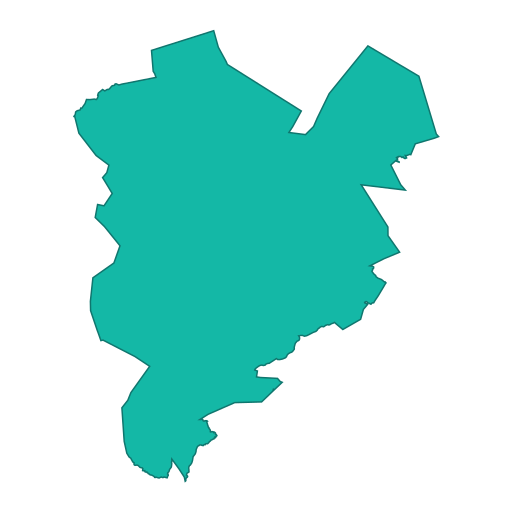 the district of San Nicolás Tolentino, San Luis Potosí, Mexico
{"feature_id": "50627088B31114967632852", "entity_name": "San Nicolás Tolentino", "entity_type": "district", "adm_level": 2, "iso_a3": "MEX", "parent_name": "Mexico", "parent_adm1": "San Luis Potosí", "projection": "albers", "projection_center": [-100.453, 22.148], "detail": "fine", "context": "isolated", "style": "filled", "palette": "teal", "viewbox_px": 512, "rotation_deg": 0, "n_neighbors": 0, "source": "geoboundaries", "source_scale": "gbopen_adm2", "svg_char_len": 5880}
<svg xmlns="http://www.w3.org/2000/svg" viewBox="0 0 512 512"><path d="M185.2,481.3L185.6,481.0L185.8,480.7L185.9,479.9L185.8,479.5L185.8,479.3L185.9,478.7L186.0,478.5L186.6,477.7L186.8,477.6L186.9,477.4L187.3,477.2L187.6,476.7L187.6,476.3L187.5,476.0L187.3,475.9L187.2,475.7L186.9,475.4L186.4,475.1L186.5,474.9L186.7,474.4L186.7,474.2L186.8,473.9L186.9,473.5L187.1,473.1L187.3,473.0L188.8,472.2L189.0,471.4L189.0,471.0L188.8,470.5L188.9,470.1L188.9,469.5L188.7,468.1L188.8,467.2L189.0,466.6L189.3,466.0L189.5,465.6L190.4,465.0L191.8,462.8L192.5,460.4L193.1,456.7L195.3,453.8L196.0,451.6L196.2,449.4L197.1,447.4L197.3,446.8L197.9,446.2L198.5,445.7L199.0,445.6L199.3,445.2L199.6,445.0L200.6,445.0L201.1,444.9L201.4,445.1L201.7,445.3L202.4,445.5L202.7,445.5L203.4,445.5L203.5,445.0L204.4,444.6L204.7,444.5L205.1,444.7L205.6,443.9L205.9,443.7L206.3,443.7L207.1,443.8L207.6,443.7L208.0,443.4L208.4,442.9L208.7,442.7L209.0,442.3L209.1,442.1L209.3,441.8L209.5,441.6L209.9,441.4L210.1,441.2L210.4,441.0L210.7,440.6L210.9,440.4L211.1,440.0L211.8,439.9L212.5,439.5L212.8,439.3L213.0,439.1L213.3,438.9L213.6,439.0L213.9,438.9L213.8,438.5L214.9,437.3L214.9,436.9L215.4,436.7L215.2,437.8L215.4,437.7L215.5,437.6L215.5,437.3L215.6,437.1L216.1,436.7L216.3,435.8L216.7,435.9L216.9,435.4L216.4,434.9L216.2,434.5L216.1,434.4L215.9,434.5L215.5,434.3L215.5,433.3L215.4,432.9L214.8,432.5L214.6,432.2L214.4,432.1L213.8,432.7L213.6,432.5L213.8,431.9L213.8,432.0L212.5,431.6L212.2,431.6L211.3,431.8L210.7,432.0L210.4,431.9L210.3,431.3L210.4,431.1L210.4,430.6L210.4,430.4L209.8,429.3L209.6,429.2L209.5,428.9L209.3,428.8L209.1,428.6L209.0,428.3L209.0,428.0L208.9,428.0L208.5,427.2L208.2,427.0L208.1,426.4L208.1,426.0L207.7,425.4L207.5,424.2L207.2,423.4L206.9,422.3L206.9,422.0L206.7,421.8L207.0,421.4L207.4,421.2L206.8,420.7L206.7,420.7L206.3,420.8L205.7,420.7L205.0,420.7L204.7,420.9L204.6,421.0L204.3,421.0L203.5,421.0L203.0,420.6L202.9,419.9L202.8,419.6L202.5,419.4L202.2,419.2L201.6,419.3L201.1,419.5L199.9,419.5L208.1,414.3L234.7,402.6L261.6,401.9L273.0,391.0L272.9,391.0L273.4,389.2L274.4,389.7L282.2,382.3L280.2,381.5L277.5,378.4L260.4,377.5L256.5,376.9L257.4,371.0L254.7,370.0L254.9,369.3L256.5,367.7L257.5,367.1L258.3,366.4L260.2,365.4L261.6,365.1L262.3,365.2L262.9,365.4L263.5,365.5L265.1,365.1L265.4,364.9L266.1,364.0L267.9,363.4L269.2,363.3L276.4,358.6L277.5,359.5L279.6,359.6L282.5,359.0L285.4,357.8L286.5,356.7L287.0,355.3L288.4,353.7L290.4,352.6L291.7,352.2L292.8,351.2L294.2,349.3L294.3,348.6L294.2,347.3L295.1,343.9L295.6,342.9L296.8,341.5L297.3,341.0L298.3,340.7L299.2,340.0L299.6,338.9L299.5,337.3L298.7,335.8L299.5,335.8L300.6,335.4L302.5,335.4L304.4,336.2L306.7,335.7L308.8,334.7L313.2,332.4L315.9,331.4L317.2,330.2L318.0,328.9L318.6,328.3L319.2,328.1L320.2,327.1L321.5,326.5L322.1,326.5L322.8,326.6L323.3,326.8L323.7,326.7L324.3,326.4L325.7,325.3L326.4,325.1L326.9,324.9L327.4,324.7L328.0,324.7L328.8,325.0L329.2,324.9L329.9,324.7L330.6,324.2L332.2,323.4L332.8,323.3L333.3,323.1L334.4,322.4L342.8,329.5L360.6,319.3L363.4,309.4L367.6,304.4L366.9,303.9L364.8,302.9L364.6,302.5L364.6,302.4L365.7,301.6L365.9,301.6L366.6,301.6L367.1,302.0L367.3,302.3L367.7,302.7L368.5,303.1L368.9,303.2L370.6,304.1L371.0,304.2L371.3,303.6L371.7,303.4L372.2,303.0L372.5,302.8L373.1,302.9L373.7,302.8L374.9,300.7L378.2,295.8L384.0,286.1L385.0,284.3L386.0,282.9L385.0,281.8L384.4,282.0L382.6,280.4L381.4,279.5L379.2,278.6L378.0,278.2L377.3,277.6L376.0,276.7L375.7,275.5L374.0,274.1L372.5,272.2L371.9,271.3L372.8,269.6L372.5,269.0L373.6,268.2L373.7,267.0L373.1,266.5L372.3,266.2L371.3,266.0L369.9,265.8L384.0,258.7L399.6,252.2L388.0,235.7L387.9,227.0L361.2,184.8L405.3,190.1L400.7,184.7L390.8,165.0L395.7,160.7L395.8,161.0L399.1,162.2L399.1,161.8L398.0,161.2L397.2,161.0L396.5,160.2L397.6,159.3L397.4,158.6L396.5,157.7L397.0,157.4L397.3,157.0L398.0,157.3L398.4,156.5L400.7,156.5L401.6,157.1L402.0,157.5L403.1,156.9L404.2,158.3L404.9,158.5L405.4,158.5L406.6,157.9L405.3,155.5L406.5,155.6L407.1,155.4L409.7,154.4L410.8,154.7L415.3,143.8L434.6,138.1L438.6,136.6L436.3,134.0L418.9,76.2L400.3,65.2L367.9,45.9L329.2,93.6L317.2,118.2L313.6,126.5L305.5,134.6L288.9,132.5L292.8,126.5L301.3,111.0L227.4,64.5L226.1,61.5L218.3,47.2L213.7,30.7L151.5,50.4L153.2,71.3L154.7,73.7L156.0,77.4L121.9,84.1L118.9,85.0L116.1,83.8L115.1,84.0L114.5,85.3L112.1,85.8L110.5,87.5L109.7,88.6L108.4,89.5L107.3,89.4L104.8,90.9L102.6,89.5L98.4,93.0L97.9,94.4L98.0,94.5L97.7,95.4L98.3,95.8L97.3,98.4L96.9,99.0L96.6,99.1L96.1,99.6L95.2,99.2L94.3,99.1L90.0,99.6L86.5,99.5L85.1,103.5L81.8,108.2L80.7,108.1L80.3,109.8L78.9,110.3L77.2,110.7L75.7,111.9L75.5,112.8L75.3,114.3L74.8,115.3L74.1,116.2L73.4,116.7L74.7,116.3L78.9,133.2L96.1,155.5L108.9,165.1L106.8,172.7L102.6,177.6L107.8,186.1L112.2,193.5L104.0,205.8L97.6,204.5L95.2,217.5L104.5,226.6L120.0,245.8L113.9,263.0L92.9,277.8L90.4,301.3L90.6,310.7L97.4,330.8L98.2,332.9L100.0,338.0L100.9,340.6L103.0,340.1L134.9,356.5L149.7,366.3L130.9,392.6L127.8,400.3L121.9,407.8L124.2,441.4L126.8,453.2L129.1,457.0L130.9,458.3L131.5,459.8L131.9,460.2L132.7,461.9L134.0,462.6L134.0,464.2L134.3,464.9L135.0,465.3L136.0,465.2L136.3,465.1L137.4,465.2L138.0,465.4L138.9,466.2L139.9,467.3L141.3,467.8L142.3,467.9L142.9,468.7L142.7,469.5L142.6,470.6L143.3,470.8L144.8,470.6L144.9,471.7L145.4,472.0L146.3,472.1L146.8,471.9L147.2,472.7L147.9,473.0L148.4,473.8L149.3,474.0L150.1,474.9L151.7,475.1L153.7,476.2L154.4,476.8L154.6,477.4L155.3,477.5L156.0,477.1L157.4,477.6L159.1,478.0L161.3,477.0L161.9,477.3L162.9,477.6L163.8,477.3L164.0,477.0L165.2,477.3L166.3,477.7L167.3,477.7L167.4,476.9L167.8,475.9L168.2,475.6L168.2,474.7L167.5,474.0L167.9,473.4L167.8,472.7L168.9,471.7L169.6,469.4L171.2,467.3L171.5,466.2L171.6,465.2L171.8,463.7L171.4,462.9L171.7,462.4L171.6,461.4L171.9,461.2L172.0,460.4L171.7,459.9L171.8,459.0L179.0,468.9L184.3,477.1L185.2,481.3Z" fill="#14b8a6" stroke="#0f766e" stroke-width="1.5"/></svg>